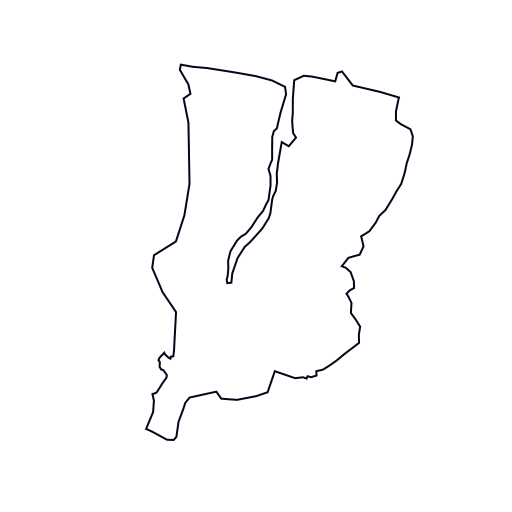 Akuku Toru, Bayelsa, Nigeria, rotated 195°
{"feature_id": "59680162B59329233871626", "entity_name": "Akuku Toru", "entity_type": "district", "adm_level": 2, "iso_a3": "NGA", "parent_name": "Nigeria", "parent_adm1": "Bayelsa", "projection": "natural_earth1", "projection_center": [6.683, 4.57], "detail": "fine", "context": "isolated", "style": "outline", "palette": "ink", "viewbox_px": 512, "rotation_deg": 195, "n_neighbors": 0, "source": "geoboundaries", "source_scale": "gbopen_adm2", "svg_char_len": 2404}
<svg xmlns="http://www.w3.org/2000/svg" viewBox="0 0 512 512"><g transform="rotate(195 256 256)"><path d="M322.8,132.8L323.3,130.2L321.4,128.6L320.4,123.9L318.2,121.9L315.8,121.7L312.3,118.8L311.3,117.9L311.0,115.4L313.4,108.9L313.7,108.0L314.5,105.2L315.7,101.5L316.1,100.2L317.0,98.0L320.3,95.9L318.2,91.9L317.9,91.2L317.2,90.1L316.8,88.1L315.0,78.6L317.4,60.5L316.9,60.5L311.2,59.5L294.4,55.5L287.9,57.0L286.1,60.7L287.4,71.6L287.9,75.2L287.7,78.3L286.7,88.3L286.3,95.9L283.5,102.1L259.2,114.7L252.6,109.2L237.2,112.1L219.5,120.7L209.5,127.4L208.0,149.6L186.6,148.1L179.3,151.0L175.4,150.7L175.1,153.2L171.4,153.2L166.6,156.2L167.9,160.4L162.0,163.5L157.3,168.5L151.3,175.6L145.3,184.1L134.0,198.7L136.3,206.7L137.1,214.7L143.5,220.6L149.6,225.5L151.6,235.3L155.6,240.0L158.8,243.0L156.5,247.1L153.0,250.5L154.9,256.9L160.4,264.9L166.3,267.9L170.5,268.3L166.3,278.1L161.6,281.0L156.2,284.1L154.6,293.1L159.5,302.2L156.5,305.4L152.8,309.4L151.0,314.1L149.0,319.1L147.3,326.7L142.9,333.8L141.3,339.0L139.0,346.8L137.0,355.0L134.4,363.3L133.9,373.8L134.1,378.5L134.4,384.6L134.0,392.0L133.9,393.7L134.1,403.4L134.5,406.5L135.5,412.2L137.5,415.2L139.7,418.4L150.1,420.8L155.9,423.1L158.2,431.8L158.4,434.5L159.0,446.1L178.3,446.6L206.6,445.7L220.7,456.5L224.6,454.0L224.7,445.2L237.1,444.5L238.6,444.4L248.6,443.8L252.6,443.1L256.4,442.5L264.6,435.7L261.1,417.4L257.4,403.4L256.2,396.4L254.5,391.3L252.0,384.4L248.0,380.7L252.8,370.5L260.6,372.7L258.7,350.9L257.2,340.6L254.6,332.2L253.8,324.1L254.9,318.4L255.0,314.8L253.2,301.1L253.5,295.7L257.1,284.0L265.2,268.1L269.2,262.0L273.3,249.2L274.4,233.0L272.9,223.8L276.8,222.4L278.2,225.6L278.2,229.3L279.6,237.2L281.7,244.2L281.9,253.9L278.3,266.0L275.6,270.7L271.7,274.7L268.0,282.3L264.4,293.6L260.8,301.5L259.6,308.7L258.4,313.2L260.2,327.8L262.7,337.1L266.5,343.4L265.7,351.1L265.3,353.0L268.1,363.5L271.1,375.1L271.1,381.2L269.2,384.1L268.8,385.3L269.0,387.0L269.4,400.4L268.8,420.0L271.7,426.9L285.9,429.7L302.5,429.7L322.3,428.0L351.8,424.9L366.0,422.4L378.1,421.4L377.8,416.2L365.8,404.3L361.3,395.7L366.7,389.4L355.8,367.4L338.9,308.5L335.7,276.8L336.5,261.2L337.1,249.3L354.7,230.4L353.2,217.7L341.5,202.8L337.1,197.1L318.8,181.2L318.5,180.2L311.9,148.9L310.9,144.5L309.9,137.7L312.1,136.8L312.2,136.3L312.0,135.4L312.1,134.7L314.9,135.5L316.1,136.2L318.7,137.6L319.6,138.8L322.8,132.8Z" fill="none" stroke="#020617" stroke-width="2"/></g></svg>